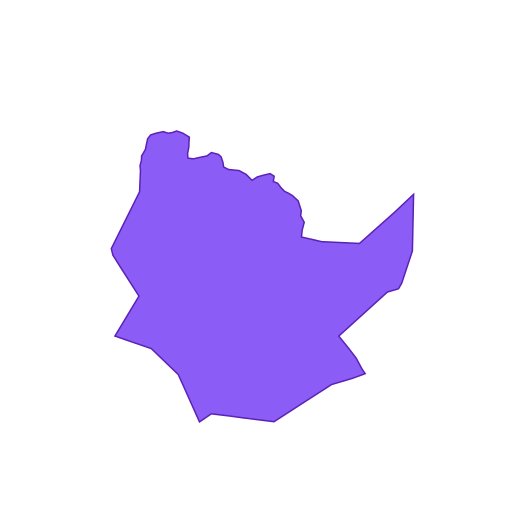 Santo Antônio, Rio Grande do Norte, Brazil, rotated 48°
{"feature_id": "56859067B19314553813620", "entity_name": "Santo Antônio", "entity_type": "district", "adm_level": 2, "iso_a3": "BRA", "parent_name": "Brazil", "parent_adm1": "Rio Grande do Norte", "projection": "equal_earth", "projection_center": [-35.537, -6.324], "detail": "fine", "context": "isolated", "style": "filled", "palette": "violet", "viewbox_px": 512, "rotation_deg": 48, "n_neighbors": 0, "source": "geoboundaries", "source_scale": "gbopen_adm2", "svg_char_len": 1114}
<svg xmlns="http://www.w3.org/2000/svg" viewBox="0 0 512 512"><g transform="rotate(48 256 256)"><path d="M356.9,136.4L315.6,97.6L316.2,123.5L315.9,170.7L289.3,197.6L272.3,209.5L267.7,204.4L263.2,197.6L256.0,195.9L252.6,192.0L243.3,187.8L235.4,188.5L231.2,189.8L227.1,191.5L221.9,191.7L216.4,191.2L212.3,193.3L208.8,189.1L204.2,190.4L200.6,197.0L198.1,202.1L197.1,208.3L188.8,208.7L181.2,211.4L173.2,218.6L168.2,220.5L164.1,217.8L159.0,215.6L155.4,215.9L149.3,219.9L148.8,225.5L144.9,232.1L141.9,237.5L137.7,241.1L134.1,238.3L130.0,232.9L126.3,229.4L123.1,226.0L115.8,228.2L110.0,231.3L108.3,235.5L105.9,239.2L101.6,241.6L98.0,247.8L95.5,253.3L96.4,258.2L102.8,266.9L105.1,274.1L108.3,277.2L111.3,281.8L115.0,284.5L130.4,299.6L153.7,358.6L159.6,361.8L175.2,364.5L207.5,369.8L221.1,414.4L234.6,407.0L254.7,395.8L258.3,395.5L292.0,393.1L300.6,395.8L341.5,409.0L343.4,394.8L358.4,381.7L367.1,374.4L391.2,353.5L397.0,317.1L402.1,285.8L411.6,265.8L416.5,253.6L410.8,252.8L399.0,249.9L386.5,248.9L370.9,248.1L370.7,182.5L375.7,172.0L373.7,165.9L356.9,136.4Z" fill="#8b5cf6" stroke="#5b21b6" stroke-width="1.5"/></g></svg>